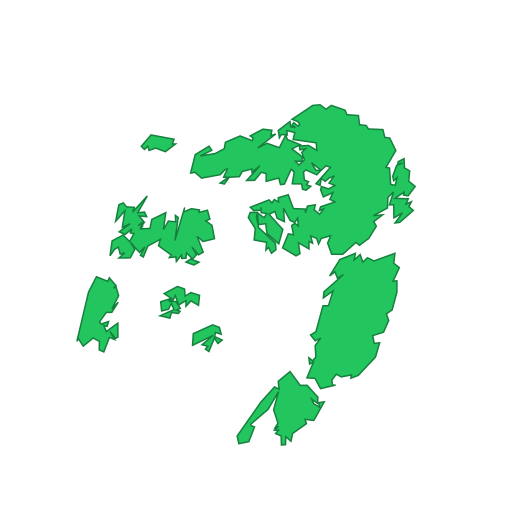 outline of Austevoll nor, Norway, rotated 299°
{"feature_id": "86288312B29393912466053", "entity_name": "Austevoll nor", "entity_type": "district", "adm_level": 2, "iso_a3": "NOR", "parent_name": "Norway", "parent_adm1": "", "projection": "natural_earth1", "projection_center": [5.173, 60.063], "detail": "fine", "context": "isolated", "style": "filled", "palette": "green", "viewbox_px": 512, "rotation_deg": 299, "n_neighbors": 0, "source": "geoboundaries", "source_scale": "gbopen_adm2", "svg_char_len": 6170}
<svg xmlns="http://www.w3.org/2000/svg" viewBox="0 0 512 512"><g transform="rotate(299 256 256)"><path d="M315.2,153.7L296.8,158.6L299.6,162.1L297.7,170.6L309.8,185.3L316.7,187.1L318.1,188.8L309.2,189.5L311.5,193.7L302.4,189.3L303.6,193.4L311.9,194.4L317.3,203.0L323.3,203.0L330.0,210.2L327.3,211.9L336.9,215.7L317.5,211.2L321.5,218.1L331.7,220.0L333.0,225.0L326.2,228.7L335.2,238.1L330.3,242.8L332.7,246.0L348.9,244.7L348.0,248.7L336.7,252.7L341.2,261.0L336.9,264.3L337.8,267.9L343.5,270.1L342.7,265.5L346.4,266.0L346.0,261.4L352.6,256.8L355.5,258.0L356.5,269.8L362.3,271.3L360.0,266.8L364.6,259.3L362.5,271.4L368.9,273.5L369.6,278.1L348.3,273.4L348.8,277.8L355.5,275.4L354.8,280.3L360.6,282.5L361.3,284.4L363.2,284.7L363.5,285.6L355.2,284.5L355.9,290.8L349.9,286.9L348.5,279.6L345.3,280.4L340.3,286.2L348.7,292.5L341.3,293.2L341.6,298.8L330.3,288.6L326.5,289.4L329.9,292.3L323.3,291.4L324.6,284.5L329.5,283.0L324.6,276.8L317.9,278.3L320.9,276.2L315.6,265.7L325.2,254.5L317.8,247.2L314.2,249.5L314.3,244.6L310.2,244.2L311.4,240.2L295.9,227.4L294.6,231.9L298.4,238.1L301.1,236.7L296.4,239.5L298.4,244.8L293.5,244.6L294.3,236.4L284.6,243.0L289.0,248.8L281.1,254.6L277.7,270.0L292.2,266.6L298.8,247.2L304.1,251.0L299.2,256.3L299.8,264.2L311.2,256.8L303.6,268.7L304.1,273.6L309.2,274.1L302.7,278.5L303.5,274.2L300.0,272.4L292.7,278.5L291.1,273.5L276.0,275.3L275.5,290.9L279.4,293.3L288.1,286.7L287.9,298.9L294.4,295.3L294.6,299.3L300.1,294.1L300.8,300.5L296.8,304.9L303.0,304.6L309.9,311.4L302.0,312.4L294.2,321.3L299.5,331.0L316.3,336.8L315.5,341.3L326.1,346.1L340.4,346.8L343.2,342.3L353.4,346.8L348.2,339.1L361.7,347.7L371.1,343.0L378.7,345.2L365.4,347.9L367.5,351.6L356.2,358.2L364.8,363.2L352.3,361.6L355.1,365.4L372.1,371.5L373.4,365.8L378.8,365.6L374.2,362.0L379.9,361.4L373.8,349.7L383.6,354.5L380.8,355.5L382.4,359.9L394.0,361.5L395.5,353.3L405.0,349.1L405.0,343.2L412.9,338.3L407.4,334.6L405.1,335.5L408.4,339.1L403.4,335.1L392.1,336.9L388.6,339.9L392.8,341.4L385.2,343.5L384.0,339.0L397.7,330.1L396.5,326.7L416.0,327.2L424.0,315.8L422.2,311.1L428.1,305.7L421.6,292.7L423.6,289.1L421.0,282.9L428.5,277.5L423.7,267.0L426.7,263.2L424.2,248.8L418.3,246.1L419.3,238.7L415.3,232.7L393.0,221.2L393.8,227.4L392.2,230.6L390.0,229.9L390.9,224.4L387.9,224.0L387.5,228.2L385.8,223.6L390.1,220.5L376.6,214.6L370.8,219.1L374.5,219.2L377.0,224.7L380.6,222.1L382.8,230.1L375.9,232.0L384.2,253.8L377.9,258.0L378.1,248.3L373.2,240.6L370.1,242.9L373.8,247.2L368.8,245.8L363.6,251.7L356.3,249.4L358.1,244.6L360.9,250.0L365.1,248.7L367.1,235.5L374.8,240.7L373.1,227.0L376.1,223.4L362.1,223.9L359.9,211.0L351.3,205.1L372.3,214.1L368.5,210.7L373.7,208.9L370.3,200.6L358.2,192.7L357.9,196.1L355.1,196.9L353.3,183.9L340.7,174.1L334.4,176.2L325.8,170.6L316.5,158.8L327.0,166.1L329.3,161.7L315.2,153.7ZM293.5,331.0L274.2,330.1L280.4,332.7L276.1,338.0L282.2,341.5L257.6,332.8L252.0,335.2L262.8,340.3L247.7,343.5L244.9,338.7L218.9,345.1L213.4,342.0L210.5,348.9L215.6,352.4L206.3,351.2L196.6,357.3L191.9,356.3L192.6,351.6L187.5,355.3L191.0,357.7L174.1,359.6L177.6,366.9L171.3,376.8L181.7,388.2L180.2,385.5L184.2,382.5L191.5,383.6L191.6,389.2L198.3,397.1L195.1,398.2L201.1,403.3L225.5,409.5L240.1,406.2L236.8,401.8L243.0,396.7L251.2,404.5L264.0,403.3L268.6,398.1L274.8,401.2L292.7,396.8L302.6,391.3L300.5,388.1L315.3,387.0L316.4,380.0L325.7,376.2L308.8,361.5L308.5,354.3L302.4,352.4L307.8,346.4L300.2,343.9L306.5,341.6L293.5,331.0ZM234.4,111.2L218.4,116.4L232.0,119.4L216.2,125.2L223.3,130.3L210.8,124.6L211.4,131.1L219.6,134.3L215.3,134.8L216.4,138.4L207.4,138.4L209.9,129.6L199.5,122.8L185.4,128.2L193.5,129.1L197.0,131.4L191.8,136.3L195.1,139.7L187.8,137.1L193.4,146.9L202.9,146.8L207.1,139.5L202.6,152.4L210.1,154.4L200.6,154.5L200.5,157.9L212.3,156.6L224.3,164.3L217.7,165.7L215.8,181.4L212.6,181.0L216.4,186.4L212.6,189.0L220.6,190.3L217.8,192.3L220.2,195.8L225.1,193.7L222.9,201.0L216.7,197.7L218.0,206.0L223.0,209.1L221.9,201.8L228.3,203.4L232.8,195.6L229.1,205.1L233.7,208.0L244.6,195.0L243.0,202.7L251.0,211.3L261.5,202.6L262.3,195.0L265.9,197.8L272.5,191.3L266.6,185.1L268.9,184.2L266.0,176.5L259.4,171.3L263.9,170.1L230.2,177.6L252.0,169.3L252.4,165.8L246.9,169.2L244.1,162.5L234.2,162.2L250.2,156.1L237.4,147.1L228.7,149.9L223.9,142.0L227.9,142.4L223.9,141.1L230.4,141.9L225.4,138.1L231.7,141.0L234.4,134.3L237.4,141.3L240.4,137.2L236.5,131.6L255.8,131.8L234.5,126.8L239.6,126.0L236.2,119.0L238.1,114.1L234.4,111.2ZM89.4,326.8L83.5,332.0L90.1,339.7L105.8,337.6L105.2,333.8L106.4,333.0L127.7,340.9L148.3,341.5L130.1,345.9L120.5,356.2L114.8,356.0L118.0,358.3L112.7,356.8L114.5,360.1L110.2,359.2L110.8,365.2L103.0,369.9L105.3,373.3L112.4,369.6L110.9,376.4L118.6,374.1L133.8,381.4L136.9,378.1L140.2,386.3L161.6,386.4L158.2,382.0L154.6,384.9L154.7,378.2L157.8,374.1L157.0,381.3L162.5,378.6L167.7,363.4L164.3,357.4L171.4,341.8L157.2,336.2L150.7,340.7L150.5,335.7L130.6,331.1L89.4,326.8ZM143.3,127.0L94.6,140.7L97.6,140.7L93.4,148.6L105.3,153.3L105.4,160.4L97.9,164.4L98.3,169.4L113.8,167.3L114.4,172.8L119.2,164.7L115.9,173.1L118.1,174.6L130.3,167.7L117.4,161.7L121.4,156.6L122.2,159.9L127.2,158.8L121.4,153.5L122.6,151.1L134.1,152.4L136.8,157.2L148.9,157.9L139.8,155.6L154.7,155.1L161.0,148.7L158.9,147.0L162.2,147.9L165.8,138.3L162.0,138.6L160.5,126.5L143.3,127.0ZM169.8,194.8L162.2,200.1L167.0,205.3L173.5,204.9L169.4,210.3L157.2,201.1L159.9,210.8L165.6,209.4L168.0,215.9L170.8,216.4L170.2,212.6L173.4,215.2L177.4,208.2L174.3,202.2L175.3,201.0L177.4,204.9L182.2,204.6L175.6,212.1L183.0,216.4L178.1,219.1L185.2,220.9L185.0,229.6L194.2,225.7L192.5,216.8L186.5,213.5L192.5,209.5L191.3,202.1L178.6,193.9L177.9,202.5L169.8,194.8ZM174.8,251.5L157.7,238.8L147.1,243.8L165.8,257.0L152.2,251.8L153.7,257.6L150.1,256.9L149.6,261.1L164.0,259.4L161.0,265.1L166.1,267.2L165.5,258.9L169.5,257.6L170.7,263.5L175.8,258.6L174.8,251.5ZM311.0,105.5L296.3,102.5L295.1,106.8L299.5,108.1L296.5,111.3L301.7,115.9L303.3,126.2L315.0,131.3L313.4,128.4L318.4,127.7L311.0,105.5ZM291.3,229.8L285.9,230.6L279.6,242.1L269.1,246.6L273.1,258.6L266.0,261.8L269.6,262.8L265.9,268.2L271.2,270.4L276.6,266.8L282.1,244.5L290.7,237.2L294.8,236.2L291.3,229.8Z" fill="#22c55e" stroke="#15803d" stroke-width="1.5"/></g></svg>